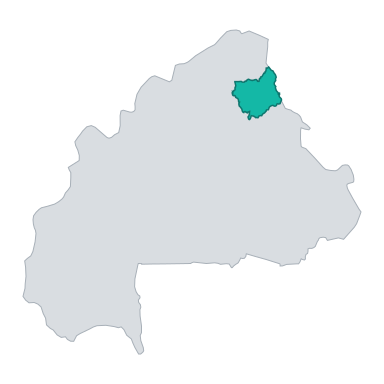 Seno, Séno, Burkina Faso (highlighted)
{"feature_id": "67063806B86156352342594", "entity_name": "Seno", "entity_type": "district", "adm_level": 2, "iso_a3": "BFA", "parent_name": "Burkina Faso", "parent_adm1": "Séno", "projection": "equal_earth", "projection_center": [-0.111, 13.969], "detail": "fine", "context": "in_parent", "style": "filled", "palette": "teal", "viewbox_px": 384, "rotation_deg": 0, "n_neighbors": 0, "source": "geoboundaries", "source_scale": "gbopen_adm2", "svg_char_len": 7943}
<svg xmlns="http://www.w3.org/2000/svg" viewBox="0 0 384 384"><path d="M297.6,263.8L286.6,264.4L282.6,265.9L280.1,266.0L280.1,264.6L279.8,263.8L265.9,259.4L256.2,256.7L246.3,253.8L245.8,256.5L244.3,258.3L242.2,258.5L240.7,258.0L239.7,260.1L238.1,262.9L235.8,264.3L233.6,266.0L232.3,267.6L231.4,267.6L229.2,264.0L226.2,263.7L220.5,264.3L218.0,263.3L214.6,262.8L206.5,263.5L193.5,262.1L191.4,262.9L190.8,263.5L177.9,263.7L163.8,263.9L152.0,264.0L141.6,264.2L141.6,263.6L138.3,263.5L137.9,264.7L134.9,279.0L134.6,286.8L136.1,291.7L137.9,294.7L139.8,296.0L140.0,297.8L138.4,300.0L138.6,302.3L140.4,304.7L140.8,307.2L139.9,309.8L140.1,316.1L141.5,326.1L141.5,332.6L140.2,335.5L140.8,340.6L143.3,347.7L143.7,350.8L142.8,352.2L140.7,354.0L138.6,354.0L136.1,349.6L135.0,347.7L133.0,343.3L131.3,338.9L128.9,337.0L126.7,335.2L123.9,329.6L121.2,326.9L118.4,327.7L114.3,326.6L105.9,325.3L97.0,325.7L93.3,327.0L89.6,329.0L80.2,333.5L76.6,335.7L73.7,341.3L70.6,341.2L67.4,339.4L65.5,336.8L61.2,337.4L57.1,334.9L53.2,330.0L50.3,328.4L46.5,324.9L45.6,318.2L43.2,313.5L41.1,307.0L37.9,304.1L34.2,302.5L29.0,302.8L25.7,300.2L23.0,296.4L23.8,293.1L25.0,288.4L25.2,283.8L26.0,276.5L25.6,267.3L24.7,260.9L27.5,258.3L30.8,255.9L32.9,251.5L35.1,241.8L36.0,233.4L35.4,230.2L34.3,227.8L33.4,224.1L33.0,219.7L33.6,215.8L36.1,212.3L39.2,209.3L41.4,207.8L47.3,206.3L54.6,204.1L58.8,201.6L61.9,199.1L63.6,197.1L65.4,193.0L68.2,189.8L70.4,186.6L70.8,177.7L70.8,172.6L69.2,169.8L68.3,167.4L79.2,160.5L79.3,155.5L77.8,150.1L75.7,145.6L74.9,141.8L77.9,137.4L80.6,134.0L82.6,131.1L86.8,126.8L91.3,125.6L95.2,127.3L107.0,137.5L109.0,138.2L111.5,137.4L114.6,134.7L118.7,132.6L120.2,125.7L120.1,115.6L121.0,111.0L123.2,110.2L129.9,112.1L131.7,112.2L133.7,111.5L135.1,109.8L135.1,106.5L134.8,103.6L137.0,94.3L141.1,87.2L149.3,78.5L151.8,76.7L154.8,75.8L169.4,81.8L171.8,80.3L175.4,65.4L179.3,64.0L184.1,63.7L187.2,62.4L188.8,61.4L195.7,55.7L208.0,48.0L214.6,44.7L215.9,43.4L220.6,38.0L226.8,31.7L230.8,30.4L236.3,30.0L239.8,31.0L240.8,32.8L241.9,33.7L249.1,31.0L259.4,35.3L268.3,39.4L267.7,42.1L267.7,46.8L266.9,54.2L266.0,63.1L269.7,68.8L274.1,75.0L275.3,77.4L274.1,83.5L275.0,87.1L277.3,93.0L281.3,100.6L285.3,108.4L288.2,109.4L290.9,110.1L292.5,111.5L294.9,112.8L297.2,113.7L299.3,115.4L300.6,117.1L302.4,121.9L307.0,125.0L310.2,128.2L308.9,129.8L304.9,129.1L301.1,127.8L300.6,130.1L300.5,138.9L301.1,146.2L302.0,147.2L305.8,148.6L314.8,158.1L323.0,167.2L325.7,169.5L330.2,170.4L335.3,170.8L337.5,170.0L342.4,165.4L345.0,164.9L347.4,165.0L348.7,165.8L351.1,169.5L353.3,175.1L353.9,179.2L353.7,181.5L353.0,182.3L348.9,183.4L347.2,184.2L346.8,185.4L347.4,188.2L348.2,190.0L352.6,198.1L359.0,209.1L361.0,211.9L359.9,215.1L356.6,223.7L354.3,227.2L343.6,239.3L338.4,237.9L327.4,240.4L325.7,237.6L323.2,237.2L320.0,237.7L318.8,238.7L318.5,239.9L317.3,241.6L315.3,246.4L313.8,247.6L311.8,248.4L309.4,248.3L308.0,248.9L308.0,251.3L307.6,253.4L306.0,254.4L305.3,256.7L305.4,259.0L304.5,260.0L302.4,259.5L301.2,258.8L300.0,261.8L298.6,263.8L297.6,263.8Z" fill="#d9dde1" stroke="#a8b0b8" stroke-width="1"/><path d="M261.7,115.7L261.9,115.4L262.3,114.6L262.8,114.0L263.1,113.7L263.9,113.2L264.4,113.0L264.5,113.0L264.6,112.9L264.7,112.7L264.8,112.6L265.0,112.4L265.1,112.2L265.3,112.0L265.4,111.8L265.5,111.6L265.8,111.5L265.8,111.4L265.9,111.2L266.1,111.1L266.1,110.9L266.2,110.7L266.3,110.4L266.4,110.1L266.5,109.9L266.9,109.8L267.8,109.8L268.3,109.8L268.4,109.7L268.5,109.6L268.5,109.3L268.6,109.0L269.3,107.2L269.6,106.8L270.8,106.0L271.7,105.6L272.4,105.4L272.7,105.4L273.2,105.4L273.4,105.5L273.6,105.7L273.8,105.9L274.0,106.0L274.3,106.1L275.2,106.1L275.9,105.9L276.3,105.5L276.6,105.1L276.7,104.8L276.7,104.7L276.7,104.4L276.8,104.3L276.9,104.1L277.1,103.9L277.3,103.8L277.6,103.8L277.9,103.8L278.3,104.0L278.5,104.0L278.8,104.0L279.3,103.8L279.6,103.8L279.9,103.7L280.1,103.6L280.2,103.3L280.4,102.7L280.7,102.0L281.0,101.3L281.2,100.7L281.5,100.2L281.4,99.1L281.2,98.7L280.5,97.9L280.2,97.7L279.3,96.6L279.2,96.2L279.1,95.5L279.2,95.0L279.5,94.7L279.6,94.2L279.5,93.4L279.1,93.8L278.8,94.2L278.4,94.3L278.2,93.9L278.3,93.2L278.2,92.7L277.9,92.4L277.0,91.5L276.5,90.8L276.0,89.9L275.5,88.1L275.4,87.4L275.8,86.5L274.8,85.3L274.3,84.3L274.2,83.0L274.9,81.6L275.7,80.6L275.5,78.8L276.2,77.2L275.5,75.0L274.8,73.9L274.1,73.1L273.5,71.9L272.8,70.8L271.7,70.5L270.8,69.8L270.4,69.2L268.7,67.0L268.4,67.3L268.2,67.4L268.1,67.5L267.7,67.9L267.6,68.0L267.3,68.2L267.2,68.2L266.7,68.1L266.3,68.0L266.2,68.5L266.1,69.8L266.0,70.2L266.0,70.7L266.0,70.8L265.9,70.9L265.5,71.3L265.5,71.6L265.3,71.7L265.3,71.8L265.2,72.1L264.9,72.2L264.9,72.5L265.0,72.7L264.8,73.0L264.7,73.1L264.6,73.3L264.3,73.3L264.1,73.4L263.8,73.3L263.7,73.3L263.6,73.6L263.5,74.0L263.3,74.3L263.2,74.5L262.6,75.4L262.4,75.8L262.3,76.1L262.1,76.4L261.9,76.6L261.7,76.7L261.2,76.8L260.8,76.9L260.7,77.2L260.6,77.3L260.6,77.7L260.5,77.8L260.6,78.2L260.5,78.4L260.5,78.5L260.3,78.5L259.9,78.4L259.6,78.7L259.4,78.8L259.3,79.3L259.2,80.1L259.2,80.4L259.0,80.7L259.0,81.0L259.0,81.3L258.7,81.3L258.4,81.3L258.1,81.4L257.9,81.3L257.6,81.3L257.6,81.1L257.4,80.8L257.3,80.5L257.2,80.4L256.9,80.3L256.7,79.9L256.4,79.7L256.1,79.5L255.9,79.5L255.6,79.6L255.1,79.7L254.9,79.7L254.7,79.8L254.5,80.0L254.1,80.0L253.9,80.1L253.7,80.1L253.3,80.3L252.8,80.3L252.6,80.3L252.4,80.5L252.1,80.5L252.0,80.4L251.8,80.3L251.3,80.3L250.9,80.2L250.5,80.1L250.2,80.0L249.2,79.5L248.7,79.3L248.3,79.3L248.1,79.3L247.8,79.6L247.6,79.8L247.4,79.9L247.0,80.1L246.9,80.1L246.7,80.3L246.4,80.5L246.4,81.0L246.2,81.2L246.0,81.4L245.7,81.4L245.4,81.3L245.4,81.2L245.2,81.2L244.9,81.3L244.7,81.6L244.3,82.1L242.7,82.2L242.1,82.0L241.7,81.8L241.4,81.5L241.2,81.4L238.5,81.6L234.9,81.6L234.9,82.0L235.3,83.6L235.4,84.2L235.7,85.2L235.7,85.7L235.6,86.3L235.5,86.6L235.5,86.9L235.3,87.1L235.3,87.4L235.2,87.6L235.0,87.8L234.9,88.0L235.0,88.4L235.1,88.6L235.1,88.8L235.1,89.0L235.1,89.4L235.1,89.7L234.7,90.0L234.2,90.5L233.9,90.5L233.8,90.8L233.5,90.9L233.5,91.1L233.3,91.4L233.2,91.4L232.9,91.4L233.0,91.5L232.8,91.6L232.7,91.9L232.8,92.1L232.8,92.6L232.7,92.6L232.5,92.9L232.4,92.8L232.1,93.0L232.3,93.2L232.5,93.3L232.7,93.5L232.8,93.9L232.7,94.0L232.5,94.3L232.5,94.6L232.6,94.9L232.9,95.1L233.0,95.2L233.1,95.3L233.1,95.5L234.0,95.8L234.3,95.6L234.6,95.5L234.9,95.6L235.3,96.0L235.4,96.4L235.6,96.6L235.6,96.8L235.6,97.2L235.7,97.4L235.8,97.5L236.8,98.0L237.1,98.2L237.6,98.5L237.8,98.6L238.0,98.9L238.2,99.3L238.3,99.7L238.4,100.0L238.5,100.4L238.6,101.7L238.7,101.9L238.8,102.1L239.2,102.1L239.3,102.2L239.5,102.2L239.4,102.5L239.2,102.8L239.2,103.0L238.9,103.6L238.8,103.9L238.9,104.2L239.0,104.7L239.2,105.2L239.2,105.5L239.1,105.8L239.3,106.0L240.5,107.2L240.8,107.8L241.4,108.3L241.6,108.7L241.9,109.3L242.0,109.9L242.3,111.1L242.4,111.3L242.5,111.4L242.7,111.8L242.8,112.0L243.0,112.1L243.5,112.4L243.5,112.0L244.1,112.1L244.3,112.0L244.4,111.9L244.8,111.6L245.0,111.5L245.3,111.7L245.4,111.9L245.5,112.0L246.1,112.0L246.3,112.3L246.7,112.4L246.8,112.4L247.0,112.8L247.3,112.9L247.5,112.5L247.7,112.3L247.8,112.1L248.6,111.8L249.2,111.6L249.4,111.5L249.6,111.4L249.6,111.5L249.7,111.9L249.5,112.4L249.4,112.5L249.2,113.0L249.3,113.3L249.4,113.5L249.5,113.8L249.4,114.0L249.5,114.1L249.4,114.2L249.4,114.3L249.2,114.5L249.2,115.0L248.9,115.7L248.7,116.0L248.6,116.3L248.2,116.5L248.1,116.8L248.1,117.1L248.1,117.5L248.2,117.9L248.3,118.0L248.5,118.5L248.6,119.0L249.1,119.5L249.3,119.6L249.6,119.5L249.7,119.4L249.8,119.1L250.0,119.0L250.1,118.9L250.3,118.7L250.4,118.3L250.5,118.1L250.8,117.4L250.9,117.0L250.9,116.4L251.0,116.1L251.1,115.9L251.3,115.8L251.4,115.7L252.4,115.9L252.8,116.0L253.4,116.0L253.5,116.0L253.9,116.3L254.1,116.5L254.6,116.5L254.9,116.7L255.1,117.2L255.4,117.4L255.6,117.6L255.8,117.7L256.0,117.7L256.5,117.5L257.0,117.5L257.3,117.5L257.7,117.7L257.9,117.8L258.0,117.7L258.5,117.0L258.6,116.7L258.7,116.3L258.9,116.2L259.2,115.9L260.5,115.6L261.4,115.6L261.7,115.7Z" fill="#14b8a6" stroke="#0f766e" stroke-width="1.5"/></svg>